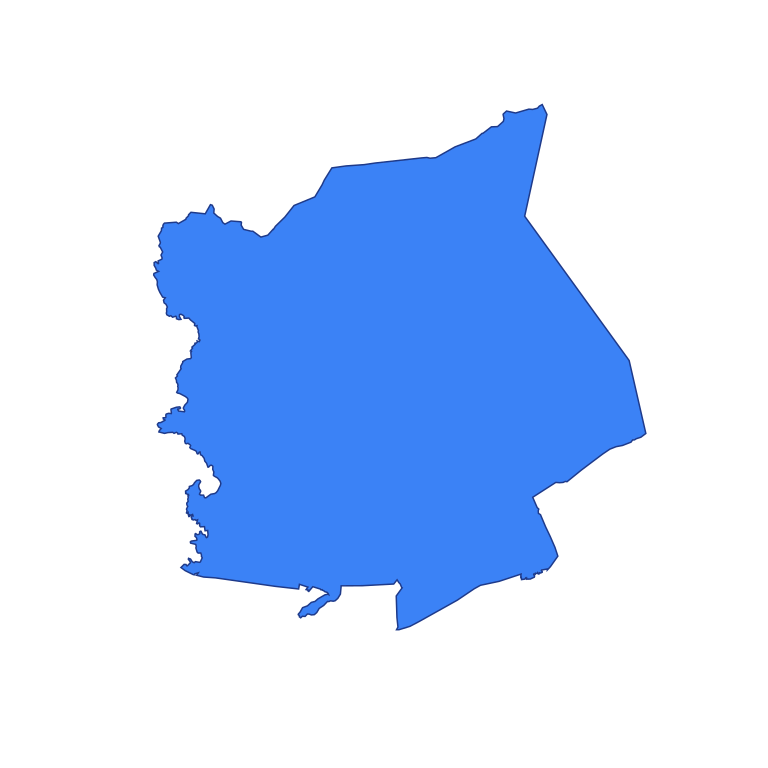 Indras pag., Kraslavas, Latvia, rotated 335°
{"feature_id": "27541924B79959881652965", "entity_name": "Indras pag.", "entity_type": "district", "adm_level": 2, "iso_a3": "LVA", "parent_name": "Latvia", "parent_adm1": "Kraslavas", "projection": "albers", "projection_center": [27.484, 55.869], "detail": "fine", "context": "isolated", "style": "filled", "palette": "blue", "viewbox_px": 768, "rotation_deg": 335, "n_neighbors": 0, "source": "geoboundaries", "source_scale": "gbopen_adm2", "svg_char_len": 6171}
<svg xmlns="http://www.w3.org/2000/svg" viewBox="0 0 768 768"><g transform="rotate(335 384 384)"><path d="M122.4,464.5L124.9,469.1L130.6,476.2L131.9,477.0L132.3,476.1L135.9,476.6L133.4,478.2L138.9,482.7L149.2,488.4L200.2,521.6L220.0,533.7L222.7,529.8L229.2,535.9L226.5,537.4L228.7,539.2L227.8,539.5L228.2,540.2L233.8,537.6L239.7,543.0L239.8,543.8L241.0,544.3L240.9,544.7L242.1,546.0L242.5,547.1L244.5,548.9L244.9,550.5L244.8,551.4L244.4,550.8L241.4,550.1L233.4,550.8L229.6,551.9L225.8,551.2L220.9,552.7L215.7,552.3L211.6,555.2L209.0,556.4L208.8,556.9L209.4,558.2L208.9,559.2L209.7,560.7L211.8,560.0L214.3,561.3L217.3,560.1L218.9,560.9L220.6,562.6L223.4,563.6L226.5,562.7L230.4,560.0L235.8,559.2L240.9,557.2L242.1,557.9L243.9,557.9L246.2,559.4L248.1,559.8L251.5,558.8L255.7,556.0L259.9,548.8L279.0,557.6L308.3,569.4L313.1,567.0L313.5,570.2L314.2,572.2L314.0,576.0L314.3,576.4L305.5,581.3L297.0,601.2L293.9,610.2L291.5,612.0L293.6,613.0L305.1,614.6L315.5,614.1L359.1,610.9L379.3,607.7L386.4,607.2L404.9,611.5L427.9,614.2L426.7,616.1L426.8,616.8L426.3,617.0L426.1,617.5L426.5,618.1L426.0,619.4L429.0,620.3L430.4,619.7L430.5,620.7L431.2,620.3L431.0,621.2L434.1,622.6L438.6,622.6L439.4,621.6L439.1,620.0L439.7,619.5L440.7,620.3L441.3,619.5L442.7,620.5L443.6,619.9L443.7,621.4L444.1,621.7L445.3,620.8L446.0,621.5L447.8,621.5L448.1,621.1L447.8,619.5L448.2,619.2L453.9,620.7L453.4,621.6L457.6,619.9L468.8,613.5L469.9,604.4L470.2,592.4L470.1,581.8L470.6,568.6L469.3,566.5L470.2,564.1L471.4,562.8L470.6,560.7L470.9,549.5L498.1,545.8L501.5,547.7L504.7,548.9L507.1,548.9L508.6,549.9L526.6,545.4L552.5,539.9L561.2,538.5L567.9,538.9L574.2,540.5L583.3,541.1L585.6,539.8L587.5,540.5L589.5,540.2L594.3,540.8L600.4,539.5L616.1,466.3L582.4,291.4L645.6,208.6L645.5,197.6L642.2,197.8L639.7,198.9L634.8,198.0L631.4,196.1L617.8,194.0L610.4,188.4L606.2,189.7L605.8,190.2L604.9,194.1L603.2,196.4L595.7,198.7L590.0,196.3L579.7,198.6L578.8,198.3L570.7,200.7L548.8,199.1L526.6,200.8L521.1,198.8L518.6,196.8L513.1,194.8L469.4,180.0L458.7,176.8L441.7,170.3L428.1,166.1L416.0,174.0L412.1,177.3L400.4,185.2L377.9,184.2L364.7,190.8L352.2,195.2L349.1,197.2L348.9,196.9L341.6,200.0L334.5,198.8L329.7,190.1L328.2,189.4L322.1,184.5L321.7,179.7L323.1,177.3L322.9,176.5L314.2,171.6L307.4,171.9L306.1,169.6L305.9,164.6L304.0,161.9L302.0,157.1L304.0,153.6L303.9,149.4L302.5,148.1L293.9,154.2L281.6,146.8L278.4,148.0L277.9,148.9L274.7,150.1L274.0,151.0L265.4,151.7L264.2,149.6L253.0,145.4L251.6,146.0L250.7,146.8L249.7,148.7L248.3,148.7L247.0,151.0L241.8,154.6L241.2,161.1L240.6,162.0L238.5,163.5L238.4,164.7L239.0,165.4L239.2,170.8L236.4,172.9L236.2,176.0L235.4,177.0L231.3,177.0L230.6,179.4L230.1,179.5L228.9,176.7L227.0,176.8L225.8,179.4L226.1,182.6L225.8,184.5L227.3,186.7L222.2,186.6L221.3,187.9L221.6,190.8L222.2,193.3L221.8,195.6L220.3,198.3L219.6,202.9L219.6,206.4L220.1,211.7L222.2,213.4L219.6,214.8L219.0,217.5L220.1,219.6L220.2,222.7L218.8,223.8L217.5,226.8L216.7,227.7L216.4,229.4L218.1,231.9L219.7,232.0L220.6,234.1L224.0,234.6L224.2,235.5L223.5,237.2L225.2,238.9L227.3,239.6L227.1,236.2L228.0,234.7L228.7,234.7L229.5,235.0L231.1,237.1L231.4,238.6L230.6,239.5L231.0,240.2L235.0,241.8L235.7,244.2L238.1,249.1L237.0,250.9L237.6,251.7L239.1,252.1L238.7,252.5L238.4,257.2L237.5,258.3L237.4,260.3L236.4,263.0L234.9,264.7L235.7,265.8L235.7,266.5L234.5,267.5L232.8,266.0L232.6,267.0L231.4,267.6L230.0,267.1L229.6,267.5L229.6,268.2L225.5,269.4L225.7,270.5L222.5,272.2L223.3,273.1L222.2,273.9L220.5,278.7L219.3,279.2L216.0,278.1L211.1,278.6L210.7,279.5L207.5,281.8L206.5,283.5L206.6,284.4L200.1,288.2L200.2,289.4L199.9,289.6L197.5,290.4L197.5,292.6L196.7,295.0L197.1,296.2L196.8,298.0L196.0,299.0L195.8,300.4L194.7,302.3L192.6,303.9L192.9,304.8L194.9,306.4L198.7,311.4L199.8,313.6L199.9,315.0L198.1,317.5L194.6,318.9L192.1,320.8L191.8,321.6L192.2,323.1L191.9,324.4L191.3,324.8L186.4,321.7L186.3,319.9L186.5,319.6L188.5,320.2L189.4,319.8L189.4,318.7L189.0,318.3L186.0,317.3L180.5,316.7L180.0,317.3L179.1,320.4L178.7,320.9L176.3,319.5L174.0,319.2L173.2,319.8L172.4,321.8L171.9,322.2L169.6,321.3L169.2,322.4L170.3,324.1L170.2,324.3L165.4,324.6L163.4,323.9L161.8,324.6L161.4,325.1L161.5,327.6L163.3,330.2L160.7,331.3L159.7,332.3L164.2,336.0L167.6,336.7L172.1,338.5L172.9,340.0L175.4,340.0L176.2,341.1L176.1,342.3L179.7,343.6L179.5,345.1L180.9,347.2L180.8,348.3L180.6,349.7L179.2,351.6L178.9,353.8L179.5,354.6L181.3,354.9L182.6,357.2L182.7,358.2L181.2,359.4L181.4,360.7L185.1,364.9L185.4,366.1L185.2,368.1L185.5,368.6L186.2,368.7L187.9,367.6L188.6,367.9L187.8,370.6L188.9,372.0L189.6,375.4L189.0,378.1L189.7,380.8L189.3,384.9L189.9,385.2L192.2,384.3L193.3,384.7L194.0,385.8L194.0,386.6L192.7,388.9L192.6,391.8L190.8,394.6L191.1,395.6L193.3,398.6L193.8,400.1L194.4,402.9L194.1,405.2L192.9,406.7L188.1,410.5L186.0,411.5L184.2,411.7L180.5,410.7L174.4,411.9L173.3,411.1L173.5,408.5L170.7,407.1L170.2,405.8L172.4,404.0L172.7,402.9L172.3,401.1L172.7,398.6L173.6,397.0L176.5,395.1L176.5,393.9L176.0,392.9L173.5,392.2L170.5,393.4L169.0,394.5L167.2,395.0L164.3,394.6L163.5,396.0L161.7,396.9L158.9,397.2L158.0,399.4L158.8,399.6L159.1,401.4L160.1,401.5L159.8,402.6L158.8,403.2L158.6,404.3L157.5,405.4L156.9,407.6L154.9,408.6L154.3,410.2L154.4,412.0L152.1,413.9L151.9,415.8L150.5,417.3L150.9,418.0L152.2,417.7L151.5,419.2L152.4,420.2L151.3,420.5L151.1,421.6L152.1,421.9L152.8,421.2L155.4,421.3L155.2,422.8L154.4,422.2L152.8,423.8L153.1,424.8L152.7,425.6L153.8,426.7L155.4,427.0L156.0,428.2L157.6,428.3L155.2,431.3L155.9,432.0L157.5,431.7L158.0,432.3L157.0,434.6L157.3,435.9L161.0,437.4L159.8,441.4L162.3,442.2L160.8,446.3L159.4,448.1L158.3,448.3L158.0,447.8L158.0,445.1L156.3,443.8L156.0,443.1L155.9,440.1L155.3,439.8L154.4,440.1L153.8,441.7L152.5,442.0L150.8,441.5L150.2,440.0L149.4,440.1L148.3,442.2L149.1,443.9L148.7,446.0L148.2,446.5L142.9,444.9L141.7,445.3L141.5,446.5L145.6,449.8L145.2,451.8L144.2,453.1L143.6,457.3L144.1,458.7L146.5,459.7L146.3,461.9L145.7,463.0L145.8,464.7L142.4,467.6L141.5,467.7L138.0,465.3L136.4,465.7L135.1,464.1L134.7,460.9L133.2,459.4L132.6,460.1L133.3,463.5L132.7,464.3L128.9,465.7L128.4,465.4L128.3,463.9L126.6,463.0L122.4,464.5Z" fill="#3b82f6" stroke="#1e3a8a" stroke-width="1.5"/></g></svg>